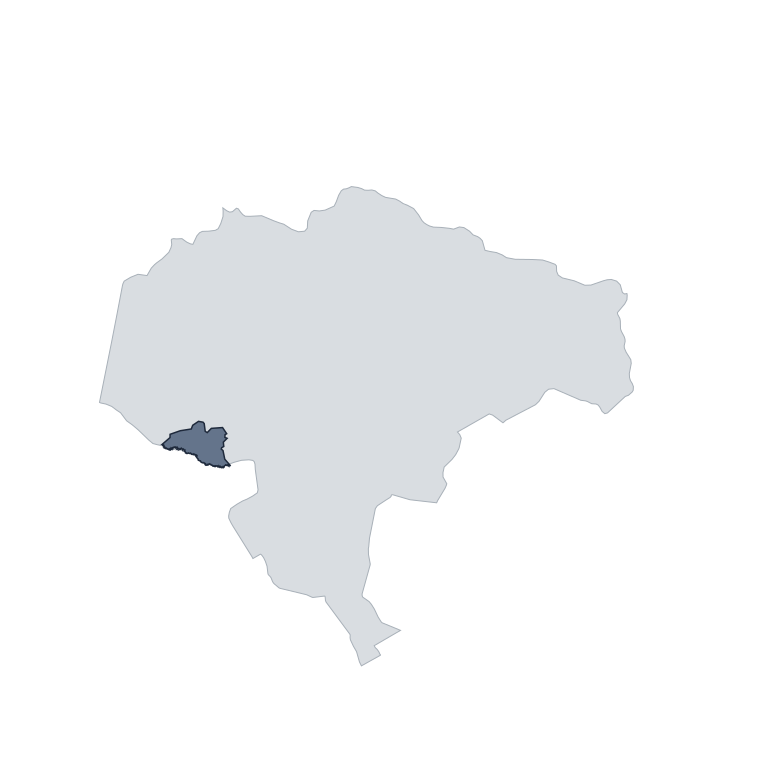 location of Pochalla, Jonglei, South Sudan, rotated 150°
{"feature_id": "79223893B22691287422318", "entity_name": "Pochalla", "entity_type": "district", "adm_level": 2, "iso_a3": "SSD", "parent_name": "South Sudan", "parent_adm1": "Jonglei", "projection": "natural_earth1", "projection_center": [34.083, 7.206], "detail": "fine", "context": "in_parent", "style": "filled", "palette": "slate", "viewbox_px": 768, "rotation_deg": 150, "n_neighbors": 0, "source": "geoboundaries", "source_scale": "gbopen_adm2", "svg_char_len": 8993}
<svg xmlns="http://www.w3.org/2000/svg" viewBox="0 0 768 768"><g transform="rotate(150 384 384)"><path d="M580.1,578.2L561.3,600.0L560.0,601.3L557.6,603.0L550.0,603.1L542.2,602.0L535.0,596.4L527.6,600.7L523.0,602.1L520.2,602.6L513.7,603.3L504.5,605.6L500.3,608.6L498.1,610.9L496.2,615.1L495.3,615.6L493.6,615.1L491.2,613.4L486.3,610.9L483.9,605.5L481.6,602.2L479.7,600.5L471.9,605.9L468.1,607.2L465.0,607.0L459.4,604.0L453.2,601.4L449.9,601.4L445.1,604.6L439.7,609.5L436.8,614.3L435.5,617.1L433.6,612.7L431.7,610.0L429.1,609.0L423.9,610.0L422.6,608.5L422.3,604.7L421.6,601.3L420.3,598.7L416.2,596.2L405.8,590.9L397.9,580.5L393.8,575.6L390.9,572.5L386.7,564.3L382.0,558.6L376.3,556.0L372.5,557.3L368.5,563.4L361.2,569.1L357.8,569.3L353.5,566.2L348.0,564.0L338.2,563.0L334.2,565.7L328.9,570.1L324.4,572.7L321.6,573.0L319.1,571.9L316.1,571.4L313.6,571.3L308.4,567.3L305.7,564.4L303.9,561.6L300.9,559.7L297.5,558.1L295.0,555.6L293.8,552.4L291.8,548.4L289.3,544.8L281.4,538.3L279.0,534.5L277.3,530.8L274.1,526.7L270.6,521.1L269.5,513.1L269.4,506.6L268.7,503.6L267.2,500.6L265.5,498.0L262.7,495.1L256.2,491.0L249.5,486.1L246.3,483.3L240.2,482.3L236.6,479.5L233.5,473.5L232.3,468.6L229.2,464.8L227.9,462.1L227.2,458.9L229.7,449.3L226.1,445.9L220.8,441.5L217.1,436.7L214.8,432.2L208.0,426.4L193.2,417.6L184.7,412.1L180.0,407.0L176.0,402.1L175.6,400.1L178.2,395.2L178.7,391.2L176.5,386.7L167.7,378.3L160.7,369.1L155.3,366.2L142.4,363.7L138.7,362.7L134.9,360.9L131.1,356.8L129.8,351.8L131.8,344.0L130.6,341.6L128.4,340.9L129.0,339.3L131.5,335.5L135.5,333.0L146.2,329.1L146.8,327.6L147.0,322.7L147.9,320.3L151.6,313.5L152.1,310.8L152.3,305.0L152.9,302.3L153.9,300.3L156.9,297.0L157.9,294.9L158.4,290.5L158.1,281.7L159.6,278.2L166.4,270.3L168.2,266.7L168.9,263.5L168.8,260.3L169.3,257.1L171.3,254.0L173.0,253.0L177.9,252.0L181.3,252.6L204.9,247.2L207.6,247.9L208.8,251.2L208.7,256.3L209.1,258.8L210.3,260.6L214.0,263.1L216.6,267.2L218.0,268.7L221.7,271.5L239.1,295.0L244.1,297.2L248.9,296.4L258.4,291.5L263.2,290.3L296.5,291.7L300.2,290.9L300.4,291.0L305.5,302.8L307.9,305.5L344.4,305.7L343.7,302.3L344.2,298.5L350.7,291.3L351.6,290.5L357.2,287.0L362.8,284.7L373.4,282.0L377.2,277.8L379.4,273.9L379.5,266.2L380.9,264.9L383.4,263.1L395.7,256.3L397.8,254.8L419.4,270.8L431.5,283.4L432.2,284.0L432.9,284.2L433.5,283.8L434.0,283.2L435.5,282.7L440.7,282.5L450.6,281.9L453.8,280.4L473.6,257.8L478.6,250.7L479.9,249.2L482.7,244.1L485.8,235.3L486.4,234.3L508.0,213.1L508.8,211.5L509.0,210.1L505.7,203.0L505.1,199.4L504.9,193.9L505.6,185.2L505.4,179.7L505.1,178.3L504.9,178.0L492.9,162.4L523.3,162.3L523.4,160.3L523.3,159.7L522.7,157.8L522.4,155.3L522.4,154.0L522.6,152.7L522.6,152.0L522.5,151.4L522.5,151.1L522.7,150.9L544.5,151.2L544.2,155.6L541.6,165.9L541.6,172.1L541.0,179.2L540.2,181.3L539.1,183.0L538.7,183.8L538.7,184.6L543.2,224.2L542.9,225.9L541.7,228.4L541.4,229.2L541.3,229.8L541.8,230.2L551.9,234.5L552.4,234.8L552.8,235.1L556.4,240.2L576.2,259.0L576.9,260.0L579.0,265.9L579.2,266.8L579.3,268.2L579.2,269.3L578.7,272.8L578.9,274.4L579.2,275.5L579.5,276.7L579.5,277.0L579.3,277.9L576.4,284.7L575.4,289.6L575.1,293.7L575.3,296.0L575.6,297.6L575.9,298.2L576.2,298.4L584.8,298.4L584.7,300.6L585.9,336.3L585.9,340.4L585.5,345.4L584.5,347.4L582.1,350.2L579.0,352.8L571.3,353.4L564.9,353.4L560.3,352.8L554.0,352.6L548.1,353.1L546.0,355.3L538.2,374.3L535.8,379.1L535.2,381.8L535.9,383.5L538.9,385.9L545.6,389.2L553.2,391.2L558.9,392.1L562.8,393.0L565.8,394.0L576.7,402.7L580.2,406.7L582.1,410.2L582.6,414.0L584.1,417.8L594.0,429.7L603.5,435.3L607.1,441.6L610.6,444.7L613.9,448.0L615.7,452.9L619.8,467.2L622.5,474.7L625.3,480.8L626.5,490.8L628.7,495.2L631.0,500.7L634.8,505.6L638.9,509.3L639.6,510.3L598.7,556.8L580.1,578.2Z" fill="#d9dde1" stroke="#a8b0b8" stroke-width="1"/><path d="M606.0,442.7L605.8,442.6L605.8,442.2L605.7,442.0L605.9,441.9L605.7,441.6L605.9,441.5L605.7,441.4L605.8,441.2L605.6,441.1L605.8,440.9L605.7,440.7L606.0,440.6L605.9,440.3L605.7,440.3L605.9,440.0L605.8,439.8L606.2,439.6L605.9,439.3L605.9,439.0L605.6,439.0L605.6,438.9L605.8,438.8L605.6,438.7L605.8,438.5L605.5,438.4L605.5,438.1L605.3,438.1L605.2,438.2L605.3,438.0L605.6,437.8L605.4,437.6L605.3,437.3L605.0,437.3L604.8,437.5L604.7,437.5L604.7,437.3L604.8,437.2L604.6,437.0L605.0,436.9L604.8,436.7L604.5,436.3L604.6,436.1L604.4,436.3L604.2,436.2L604.0,435.8L603.8,435.7L603.6,435.7L603.5,435.3L603.7,435.1L603.4,435.2L603.3,434.9L603.2,434.8L603.1,435.0L603.0,434.8L602.8,434.6L602.9,434.3L602.8,434.2L602.6,434.7L602.4,434.5L602.4,434.3L602.2,434.3L602.3,434.1L602.2,434.0L602.1,433.9L602.0,434.2L601.8,434.2L601.9,434.3L602.1,434.4L602.1,434.5L601.8,434.4L601.8,434.2L601.7,434.2L601.5,434.3L601.4,434.2L601.3,434.5L601.1,434.3L601.2,434.7L600.9,434.5L600.7,434.7L600.7,434.4L600.8,434.4L600.9,434.1L600.7,434.3L600.6,434.1L600.4,434.1L600.3,433.9L600.2,434.2L599.9,434.1L599.7,433.9L599.5,434.1L599.4,434.0L599.4,433.8L599.3,433.7L599.1,434.1L598.8,434.1L598.8,434.4L598.9,434.5L598.1,434.3L598.0,434.0L597.9,434.0L597.8,434.3L597.4,433.9L597.2,434.0L596.9,433.5L596.9,433.9L596.5,434.0L596.4,433.7L596.3,433.9L596.3,433.7L596.1,433.6L596.2,433.4L596.1,433.2L595.9,433.2L595.7,432.9L595.6,432.6L595.4,432.5L595.4,432.8L595.2,432.8L595.1,432.5L595.0,432.4L595.0,432.7L594.7,432.7L594.7,432.4L594.9,432.3L594.7,432.1L594.8,431.7L594.7,431.8L594.6,431.6L594.7,431.4L594.9,431.5L594.9,431.8L595.1,431.7L595.0,431.3L595.1,431.1L595.3,431.0L594.7,430.9L594.6,431.0L594.4,430.7L594.3,430.4L594.2,430.2L593.9,430.3L593.8,429.9L593.7,430.0L593.6,429.9L593.9,429.7L593.6,429.7L593.4,429.7L593.4,429.4L593.2,429.3L593.0,429.2L592.8,429.4L592.5,429.4L592.4,429.6L591.9,429.7L591.9,429.3L591.7,429.0L591.5,428.9L591.4,429.1L591.3,428.8L591.2,428.7L591.4,428.6L591.5,428.7L591.4,428.3L591.2,428.3L591.2,428.2L591.3,427.9L591.0,428.1L590.9,428.1L591.0,427.9L590.9,427.9L590.7,428.0L590.6,427.8L590.2,427.8L590.1,427.5L590.3,427.4L590.2,427.3L590.1,427.1L590.3,426.4L589.9,426.3L590.2,426.1L589.9,426.0L589.8,425.7L590.0,425.0L590.1,424.8L590.3,424.8L590.3,424.7L590.0,424.3L589.9,423.9L590.0,423.7L589.9,423.5L590.2,423.4L589.9,422.8L589.6,422.5L589.4,422.6L589.1,422.5L589.0,422.2L588.6,422.0L587.7,422.0L587.6,421.7L587.0,420.9L586.4,420.8L586.3,420.7L586.2,420.7L586.1,420.8L585.9,420.5L585.7,420.0L585.9,419.8L585.9,419.5L585.7,419.5L585.6,419.4L585.2,419.2L584.6,418.5L584.6,418.2L584.1,418.0L584.3,418.2L584.1,418.4L584.0,418.0L583.6,417.8L583.3,418.0L583.1,417.9L583.0,417.5L582.7,417.1L582.8,416.9L582.2,416.7L582.0,416.2L581.8,416.0L581.7,415.5L581.8,415.3L582.4,415.7L582.9,415.3L583.0,415.4L583.1,415.1L582.8,414.5L582.9,413.8L582.7,412.5L582.5,412.2L582.8,411.3L582.9,410.8L582.6,410.5L582.5,410.3L582.1,409.9L582.1,409.7L581.5,409.4L581.4,408.8L581.5,408.7L581.6,408.3L581.3,407.4L581.0,407.3L581.0,407.1L580.7,406.8L580.6,406.6L580.4,406.3L579.6,406.0L579.5,405.8L579.3,405.9L579.2,405.6L579.3,405.5L579.2,404.7L579.1,404.8L578.6,404.6L578.4,404.0L578.7,403.6L578.7,403.4L578.8,403.1L579.0,403.0L578.8,402.6L578.0,402.4L577.7,402.2L577.5,402.3L577.4,402.2L577.1,402.5L576.9,402.2L576.7,402.0L576.5,402.4L575.8,402.3L575.6,402.1L575.4,402.0L575.1,402.1L575.0,401.7L574.7,401.5L574.9,401.3L574.8,401.1L574.5,400.8L574.1,400.7L574.1,400.4L574.1,400.2L573.9,399.9L573.5,399.8L573.4,399.6L573.4,398.8L573.2,398.8L573.0,398.5L572.7,398.4L572.7,398.1L572.4,398.0L572.5,397.9L572.4,397.8L572.3,398.0L572.1,398.1L571.9,397.7L572.0,397.3L571.8,397.1L571.7,397.3L571.4,397.4L571.2,397.2L571.0,397.3L571.0,397.5L570.9,397.5L570.8,397.3L570.9,397.0L570.8,396.9L570.4,397.1L570.0,396.9L570.0,396.7L569.8,396.4L569.6,396.5L569.1,396.3L569.1,396.1L568.9,396.1L569.1,395.9L568.9,395.4L569.2,395.4L569.3,395.3L569.1,395.1L568.9,395.0L568.7,395.1L568.7,395.3L568.3,395.2L568.5,394.9L568.4,394.7L568.1,394.7L568.1,394.4L567.9,394.5L567.7,394.4L567.4,394.6L567.3,394.3L567.0,394.3L566.9,394.1L567.0,393.7L566.8,393.6L566.7,393.9L566.5,393.4L566.7,393.5L567.0,393.3L566.8,393.0L566.6,393.0L566.3,393.1L566.2,392.7L565.7,392.8L565.6,392.7L565.4,392.7L565.6,393.0L565.3,392.9L565.4,392.5L564.8,392.6L564.5,392.6L564.4,392.8L564.3,392.7L564.3,392.3L564.4,392.0L564.1,392.1L563.9,392.1L563.8,392.5L563.6,392.5L563.2,392.8L562.9,392.9L562.1,392.9L561.9,393.0L561.4,392.6L561.3,392.9L561.2,392.8L561.2,392.5L560.8,392.5L561.0,392.4L561.0,392.2L560.8,392.1L560.8,392.3L560.7,392.3L560.7,392.1L560.4,392.0L560.1,391.9L560.1,392.1L559.9,392.0L560.1,391.6L559.9,391.5L559.8,391.9L559.6,392.0L559.7,391.7L559.6,391.3L559.5,391.6L559.2,391.8L559.2,391.5L559.3,391.3L559.2,391.1L559.3,391.0L558.9,390.9L559.0,390.5L558.7,390.6L558.6,390.8L558.5,390.6L558.5,390.4L558.4,390.4L558.3,390.6L558.4,390.8L558.2,390.3L557.9,390.4L559.5,398.5L556.7,406.9L557.5,409.0L556.4,410.0L554.0,410.0L552.2,414.0L547.0,415.4L548.5,417.3L547.0,419.6L545.1,419.6L545.6,427.0L555.7,431.9L561.4,430.3L562.5,432.4L559.5,439.6L559.8,441.4L563.3,444.4L570.3,443.9L573.4,441.4L583.8,445.4L594.4,447.4L596.1,444.6L606.0,442.7Z" fill="#64748b" stroke="#1e293b" stroke-width="1.5"/></g></svg>